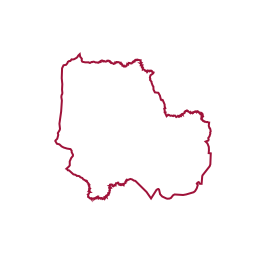 outline of Waritchaphum, Sakon Nakhon, Thailand, rotated 61°
{"feature_id": "78962969B22667703415616", "entity_name": "Waritchaphum", "entity_type": "district", "adm_level": 2, "iso_a3": "THA", "parent_name": "Thailand", "parent_adm1": "Sakon Nakhon", "projection": "albers", "projection_center": [103.61, 17.26], "detail": "fine", "context": "isolated", "style": "outline", "palette": "rose", "viewbox_px": 256, "rotation_deg": 61, "n_neighbors": 0, "source": "geoboundaries", "source_scale": "gbopen_adm2", "svg_char_len": 5773}
<svg xmlns="http://www.w3.org/2000/svg" viewBox="0 0 256 256"><g transform="rotate(61 128 128)"><path d="M200.8,142.0L195.9,133.0L195.9,131.4L196.1,131.0L196.9,130.7L201.5,132.0L204.5,131.3L208.1,128.7L208.9,127.9L209.8,126.0L210.0,124.4L208.7,121.2L208.7,119.5L213.3,112.3L214.3,109.4L216.0,101.8L215.7,99.9L214.1,97.1L211.7,94.6L210.0,94.8L209.5,93.6L209.6,92.4L211.6,92.2L212.5,90.7L206.1,86.4L205.5,85.7L201.1,75.2L199.7,73.6L190.3,67.9L189.1,69.6L186.7,68.0L183.7,66.5L180.0,66.0L177.5,66.7L177.9,63.8L177.1,63.0L175.7,62.7L174.8,60.8L172.8,58.7L171.7,58.3L171.0,57.3L169.2,56.7L168.1,56.4L167.6,56.8L165.2,56.3L162.6,54.4L162.1,55.1L161.3,55.5L160.8,56.7L160.1,57.1L159.6,58.1L158.9,58.1L158.1,59.0L156.8,58.9L156.7,59.3L156.2,59.6L155.4,59.5L154.8,58.1L154.0,58.5L153.6,58.1L154.2,57.5L154.2,56.7L153.4,56.6L153.3,57.0L153.0,56.8L152.7,57.1L152.2,56.5L151.8,56.7L151.8,56.1L150.8,56.3L151.2,57.2L150.7,57.2L150.8,57.6L150.5,57.5L150.2,58.1L149.7,57.9L149.7,58.2L149.1,58.5L148.5,58.3L147.6,58.7L147.6,59.4L147.2,59.0L146.8,59.3L146.7,60.6L146.0,60.7L146.3,60.8L146.0,61.1L146.4,61.9L145.9,62.9L146.3,63.6L145.9,63.8L146.3,64.5L145.5,64.9L145.6,65.1L145.2,65.4L145.2,65.9L144.8,65.9L145.1,66.3L142.4,67.3L142.4,67.7L142.2,67.9L141.9,67.5L141.2,67.9L141.3,69.0L141.0,69.4L141.3,70.6L142.0,70.8L142.3,71.3L142.2,72.1L142.4,72.7L142.0,73.6L142.1,73.9L142.8,74.0L142.0,74.5L142.3,75.7L142.9,75.9L142.5,76.2L142.9,76.7L142.6,77.1L143.0,77.0L143.0,77.4L142.4,77.5L142.7,78.2L141.8,78.7L141.8,80.5L139.9,80.9L139.5,81.8L139.5,82.4L139.2,82.4L139.2,83.0L138.3,83.8L137.8,85.1L136.7,85.6L136.3,86.5L135.9,86.6L136.4,88.5L133.3,88.3L132.6,87.6L132.0,88.3L130.7,87.5L128.6,86.9L128.8,85.8L126.7,85.4L125.3,84.6L121.8,84.2L120.4,84.1L120.2,84.8L119.6,84.8L119.2,85.5L115.2,84.4L111.9,84.4L109.9,87.2L106.8,87.1L104.0,85.7L103.0,85.9L99.7,85.4L99.0,85.0L96.6,85.4L96.0,84.7L94.6,84.5L92.8,82.8L92.4,79.4L91.8,78.7L90.6,79.7L89.6,79.5L89.0,80.0L89.2,80.3L88.7,81.0L88.9,81.5L88.2,81.7L88.2,82.0L87.6,82.5L87.9,82.7L87.7,83.3L88.0,83.6L87.4,83.9L87.7,84.2L87.1,84.2L86.9,84.8L86.2,85.3L85.5,85.2L84.0,86.2L84.0,86.7L82.6,85.9L82.2,86.2L82.1,85.7L81.3,86.0L80.6,85.4L80.6,85.7L80.1,86.1L79.4,85.6L79.2,86.1L78.9,85.7L78.6,85.8L78.3,85.5L77.6,85.8L77.8,85.5L77.6,84.9L77.3,85.3L77.1,84.8L75.2,84.6L74.9,84.2L73.3,86.1L73.2,86.8L72.9,87.2L72.6,87.0L72.3,87.7L72.6,87.9L72.0,88.6L72.3,89.7L73.1,89.9L73.0,90.9L72.6,91.1L72.9,91.8L72.6,91.9L73.3,93.5L72.7,94.5L72.3,94.6L71.8,95.3L72.1,95.3L71.7,97.1L72.0,97.2L71.8,97.4L72.3,97.5L72.1,97.7L72.3,98.5L72.9,99.1L72.7,99.5L73.1,100.2L72.3,101.8L71.9,102.0L71.4,101.5L70.7,102.7L69.7,102.3L68.9,102.4L68.9,102.7L67.6,102.7L67.8,103.3L67.3,103.2L66.9,103.8L66.3,103.9L65.7,104.5L65.3,105.7L65.0,105.6L64.7,106.1L65.1,106.7L64.9,107.2L65.1,107.9L64.8,107.9L65.1,108.3L64.9,109.6L64.0,109.9L63.0,111.3L62.7,111.3L62.8,110.9L62.4,110.9L62.0,111.5L61.5,111.5L61.3,111.8L60.8,111.6L60.7,111.9L60.3,111.8L59.7,112.3L59.2,113.2L59.4,113.4L59.1,113.8L59.4,114.4L59.1,115.4L58.0,116.3L58.2,116.6L57.9,117.2L57.6,117.5L57.2,117.3L56.3,118.0L56.1,119.6L56.5,120.1L56.9,120.0L56.8,120.9L56.3,121.2L56.5,122.5L55.6,123.3L55.1,124.4L53.5,125.7L53.1,126.4L53.1,127.2L52.6,127.9L52.7,129.6L52.3,130.2L51.5,130.5L49.9,133.5L48.2,135.5L47.6,135.9L46.3,135.7L45.0,134.8L42.4,135.3L40.0,134.4L40.5,136.3L41.5,138.1L41.7,139.1L41.7,141.7L41.3,143.1L40.6,144.1L41.4,145.8L41.3,146.6L40.9,147.0L41.0,148.5L41.9,149.6L42.7,151.4L41.9,154.0L43.8,156.7L52.3,161.8L57.8,164.2L62.5,167.1L65.5,168.4L66.5,169.2L67.1,170.2L68.6,171.3L71.9,172.5L81.2,178.5L91.0,185.9L95.8,187.9L96.7,188.8L98.5,191.9L100.2,192.3L103.1,195.1L103.8,197.6L104.2,197.9L107.3,197.8L109.1,195.9L111.9,195.0L113.9,193.7L116.5,191.2L118.6,188.5L120.6,188.3L121.8,189.0L124.7,189.1L125.7,189.7L126.7,192.2L129.0,195.2L132.4,197.0L133.0,198.2L133.8,201.6L134.5,201.1L135.7,201.2L136.5,200.1L142.1,198.2L143.5,196.6L145.2,195.9L145.4,195.2L146.7,193.8L147.9,193.6L149.6,192.2L151.3,192.0L152.6,191.0L153.8,190.7L153.9,189.9L154.7,189.6L155.8,190.0L156.6,189.6L158.1,189.4L158.5,189.6L158.5,190.0L159.0,190.0L159.3,189.6L159.8,190.3L160.6,190.2L161.5,190.8L162.4,190.5L162.5,191.5L163.2,191.5L163.2,191.8L163.7,191.9L163.7,192.3L164.2,192.3L164.3,192.6L164.5,192.2L165.1,192.4L165.6,192.2L165.4,192.6L166.6,194.4L166.7,195.3L167.3,195.2L168.8,196.3L169.4,195.8L169.7,195.9L171.2,195.3L171.4,194.4L172.3,194.5L172.3,194.2L172.6,194.2L172.3,194.0L172.3,193.4L172.9,192.7L173.0,191.7L173.5,191.1L173.7,191.3L173.6,190.7L173.9,190.9L174.1,190.2L173.3,190.1L173.3,188.3L173.7,188.6L173.8,188.2L174.7,188.1L174.6,187.8L175.0,188.0L175.2,187.5L175.5,187.6L175.6,186.4L176.4,186.1L176.2,185.9L176.4,185.1L177.9,184.6L178.0,183.6L177.6,183.6L178.2,182.7L178.6,182.7L177.8,181.4L177.1,181.7L177.2,181.0L177.0,180.7L177.9,180.3L177.5,180.2L177.2,179.0L176.7,179.0L176.9,177.9L176.5,178.0L176.4,177.3L176.1,177.2L176.5,176.8L176.2,176.4L175.5,176.3L175.7,175.8L175.4,175.4L174.2,174.9L174.1,174.5L173.8,174.6L173.5,174.0L172.5,173.4L172.1,173.7L171.4,173.5L171.8,172.6L171.3,172.8L171.3,172.2L170.9,172.5L170.0,172.1L169.5,172.4L169.6,171.9L168.9,171.3L169.3,170.7L169.1,170.2L169.8,169.4L172.1,169.6L171.9,169.5L172.0,169.2L171.7,168.3L171.9,167.6L171.4,167.4L172.0,166.7L171.4,166.5L170.6,165.3L171.0,165.0L170.8,163.6L171.0,163.2L171.4,163.5L171.8,163.5L172.0,163.1L173.1,163.2L173.2,162.7L173.7,162.8L174.3,162.2L173.7,161.7L173.5,161.9L173.5,161.6L173.8,161.2L174.0,161.5L174.6,161.3L174.6,160.6L175.8,159.7L175.0,159.3L175.2,159.1L174.9,158.9L175.1,158.7L174.8,157.9L174.8,156.7L173.7,156.3L173.3,155.5L173.6,155.2L173.0,154.9L173.2,154.5L172.7,154.0L173.4,153.3L173.7,150.7L174.9,149.4L176.9,148.3L177.5,147.5L178.2,147.1L192.9,142.8L200.8,142.0Z" fill="none" stroke="#9f1239" stroke-width="2"/></g></svg>